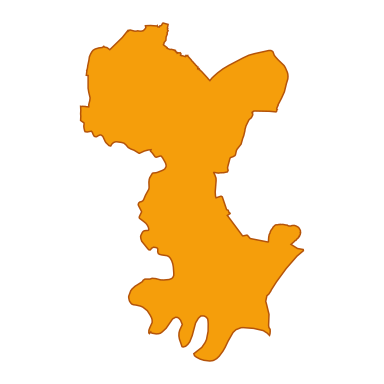 outline of Crisan, Tulcea, Romania
{"feature_id": "2599482B40183957556605", "entity_name": "Crisan", "entity_type": "district", "adm_level": 2, "iso_a3": "ROU", "parent_name": "Romania", "parent_adm1": "Tulcea", "projection": "orthographic", "projection_center": [29.376, 45.1], "detail": "fine", "context": "isolated", "style": "filled", "palette": "amber", "viewbox_px": 384, "rotation_deg": 0, "n_neighbors": 0, "source": "geoboundaries", "source_scale": "gbopen_adm2", "svg_char_len": 5924}
<svg xmlns="http://www.w3.org/2000/svg" viewBox="0 0 384 384"><path d="M110.7,146.0L111.9,144.0L113.6,142.5L115.6,141.8L116.8,141.8L121.3,142.4L123.9,143.1L125.9,144.8L128.2,147.5L130.8,149.0L134.0,150.2L138.9,153.2L139.4,153.3L144.4,151.0L148.2,150.0L151.0,149.7L150.5,151.1L152.3,153.0L155.0,156.7L155.7,157.1L156.5,157.2L159.9,156.1L160.9,156.0L161.4,156.3L162.7,158.0L165.4,162.8L166.1,165.0L166.1,166.6L164.9,168.8L164.2,169.4L162.4,170.4L157.3,172.4L155.7,172.8L153.0,173.0L152.3,173.4L149.7,177.8L149.2,179.5L148.9,182.1L149.1,187.6L148.8,189.2L145.5,195.2L143.6,199.7L142.8,200.8L141.5,201.6L139.8,202.0L138.7,203.0L138.2,204.4L138.4,205.4L141.5,211.4L141.5,212.1L139.4,216.5L139.2,217.3L139.5,218.3L143.6,221.4L146.0,223.4L147.4,225.3L148.3,227.1L148.8,229.2L148.6,230.0L148.2,230.4L145.2,230.6L144.0,230.9L143.1,231.5L142.3,232.5L140.9,235.4L140.6,236.6L140.9,238.8L141.7,241.2L147.9,248.9L149.0,249.9L150.3,249.9L151.7,248.2L153.5,247.2L156.3,247.6L157.1,248.0L157.7,248.7L157.8,250.0L157.7,251.7L158.0,252.8L158.4,253.7L159.7,254.4L161.6,254.9L167.0,255.7L168.5,256.4L169.7,257.4L170.6,258.7L171.8,260.9L172.8,264.0L173.3,266.8L173.6,270.7L173.8,273.5L173.7,275.6L172.9,277.3L172.1,278.2L171.5,278.6L169.2,279.5L163.8,280.0L160.6,279.9L155.7,278.6L152.1,278.3L149.9,279.1L144.9,279.1L143.0,280.4L142.7,281.2L142.0,281.9L135.1,286.2L132.2,288.8L130.7,290.8L128.7,296.3L128.7,297.7L129.2,300.1L129.6,301.3L131.0,303.3L132.0,304.2L133.4,304.7L136.2,305.1L140.5,306.1L142.8,307.1L147.3,310.7L150.1,315.0L151.5,317.7L152.1,319.7L152.2,322.4L149.7,328.0L148.9,330.2L148.8,332.9L149.4,333.6L150.8,331.9L151.2,332.7L152.1,333.2L156.2,333.9L158.7,333.7L160.4,333.2L162.1,332.0L166.1,328.3L172.6,318.9L175.5,317.3L177.4,317.4L178.8,318.2L180.5,320.1L182.3,324.5L179.7,330.2L179.0,332.8L178.9,335.9L179.4,339.0L182.0,346.6L183.1,347.0L185.6,346.3L187.8,344.4L189.8,341.7L192.2,335.6L195.6,322.9L198.4,318.2L200.8,316.0L203.1,315.9L204.4,316.1L206.0,317.0L207.6,318.7L208.0,320.8L208.2,323.7L208.1,331.3L206.5,339.5L205.1,342.6L201.8,347.4L193.8,353.7L194.5,355.7L196.3,357.1L200.1,359.1L204.0,360.3L209.8,361.0L212.9,360.6L214.1,360.1L216.7,358.6L219.2,356.2L222.9,351.2L225.1,347.4L228.1,341.1L233.0,332.5L235.9,329.7L241.0,327.7L243.2,327.6L253.7,328.4L263.3,330.6L267.2,333.1L269.5,335.4L270.0,333.8L270.2,331.4L270.1,329.3L268.9,327.5L268.6,325.4L269.0,314.3L266.3,303.3L265.7,301.4L266.9,295.7L268.7,294.2L270.9,290.9L271.3,289.9L276.4,281.9L286.2,268.5L297.0,256.1L303.4,250.7L303.2,249.5L297.5,248.5L291.0,244.4L294.4,241.4L295.0,240.6L295.9,240.4L297.1,238.8L298.1,238.1L298.9,236.7L299.1,236.8L299.5,236.2L299.5,235.5L300.1,234.9L300.6,232.7L300.3,232.4L300.5,232.2L300.4,230.5L299.1,228.1L298.1,227.1L296.1,226.0L294.3,225.4L292.4,225.5L291.3,225.7L290.9,226.0L289.7,226.0L288.4,225.9L287.0,225.0L286.4,225.1L282.9,224.4L280.5,224.5L280.2,224.3L279.7,224.6L279.1,224.4L277.6,224.8L276.0,224.8L275.1,225.2L273.1,227.1L272.5,228.4L271.5,229.5L270.3,231.7L270.1,232.8L269.2,234.6L268.7,237.2L268.4,241.8L267.9,242.0L250.6,238.6L250.0,238.3L247.6,235.5L247.0,235.1L243.0,235.9L242.5,235.8L227.3,215.4L230.1,213.6L230.1,213.4L229.7,212.8L229.0,212.5L228.2,210.3L226.6,209.6L222.3,196.9L221.1,196.2L220.6,196.3L216.1,197.8L215.5,196.2L215.2,192.2L216.1,180.7L216.0,178.1L214.9,175.1L213.7,172.6L213.9,172.4L218.4,173.1L220.2,172.8L223.8,172.7L227.4,171.9L228.1,170.4L228.1,170.0L227.7,169.2L227.6,167.3L230.0,158.2L230.7,157.5L233.0,156.7L234.8,155.7L235.4,154.9L236.4,150.5L237.1,149.2L241.1,144.1L242.7,138.4L243.7,135.8L244.9,130.8L245.0,129.5L246.0,125.9L248.8,120.1L249.6,119.2L251.3,117.8L252.6,115.3L252.8,114.6L252.3,113.5L252.7,113.0L252.1,112.3L253.5,111.2L254.8,111.0L269.5,111.3L276.0,111.9L276.6,111.3L276.9,109.9L276.8,109.5L277.1,109.3L276.7,109.0L276.8,108.1L277.8,105.9L278.1,105.6L278.0,104.9L281.5,98.2L284.4,91.8L286.4,83.6L287.8,79.0L288.0,76.5L287.8,74.0L287.3,72.2L285.4,67.8L284.3,65.9L283.5,65.0L278.1,59.8L275.3,56.7L274.2,55.2L273.0,51.9L272.3,51.2L270.9,50.5L268.8,50.5L254.3,53.7L248.9,55.2L243.1,57.9L228.8,65.4L222.9,68.9L217.6,72.9L214.0,76.1L211.9,78.1L209.9,80.6L207.9,78.6L207.9,78.4L201.6,71.5L200.6,70.6L200.3,70.5L200.2,70.1L199.7,69.8L199.2,69.7L198.8,69.0L199.0,68.6L198.0,68.6L198.1,68.0L198.0,67.6L197.7,68.0L197.7,67.4L196.3,65.5L195.8,65.4L194.4,63.4L193.8,63.1L192.8,61.7L191.6,60.7L191.4,60.1L187.6,55.9L187.7,55.5L186.8,55.5L187.2,55.9L186.0,55.5L185.6,55.9L185.7,56.2L185.3,56.3L185.2,56.6L182.2,55.7L181.7,55.8L181.3,55.5L180.5,55.4L180.5,55.0L180.9,54.3L180.9,53.6L180.2,52.7L179.6,52.9L178.3,52.8L177.3,53.2L177.3,52.8L176.7,52.9L177.0,52.7L176.7,52.5L176.7,52.1L175.7,51.7L175.7,51.2L175.3,50.9L175.4,50.4L174.9,50.2L174.6,50.4L174.8,50.5L174.7,50.6L174.4,50.5L174.2,50.0L171.2,49.3L170.0,49.5L168.1,48.7L167.1,48.3L167.2,47.7L163.5,44.9L163.4,44.6L163.9,43.8L164.1,42.5L165.9,40.3L166.1,37.0L167.3,34.0L167.1,32.5L168.1,30.7L167.5,30.0L167.5,29.2L167.8,28.6L167.4,28.1L168.1,24.4L163.1,23.0L162.6,23.3L161.5,25.3L160.7,25.8L159.9,25.8L159.3,27.0L157.8,26.9L157.3,25.7L157.1,26.0L150.6,25.5L145.5,25.7L145.3,25.8L145.7,26.8L145.8,27.7L145.0,28.9L143.4,30.6L141.6,31.1L140.1,31.2L137.5,30.8L136.5,31.1L134.9,31.2L130.1,30.0L129.5,30.2L128.3,31.1L128.3,30.6L128.0,30.8L127.8,30.6L122.4,37.4L109.8,49.7L107.0,47.6L104.3,47.0L103.8,46.3L102.3,47.5L98.9,47.9L95.2,49.0L93.2,50.2L92.0,51.6L90.6,54.0L89.4,56.8L88.9,60.3L87.7,66.0L87.6,67.1L87.1,69.7L86.7,70.3L86.9,70.6L86.3,75.3L88.1,75.5L88.1,88.2L88.7,92.0L90.1,97.9L89.8,100.5L88.8,104.4L88.7,106.9L86.0,106.7L85.6,106.5L82.2,106.3L81.9,106.5L80.6,106.3L80.8,110.5L80.6,113.8L80.8,116.2L80.6,120.5L84.0,122.9L84.1,123.9L83.8,126.0L84.0,128.0L84.6,130.7L85.1,131.7L87.2,132.0L91.3,131.2L92.3,132.3L93.0,134.1L94.0,136.0L94.7,136.5L95.5,136.7L96.6,136.7L98.4,135.6L100.1,134.9L101.2,135.1L102.2,135.8L102.9,136.5L105.2,141.5L106.0,142.7L109.0,145.6L110.7,146.0Z" fill="#f59e0b" stroke="#b45309" stroke-width="1.5"/></svg>